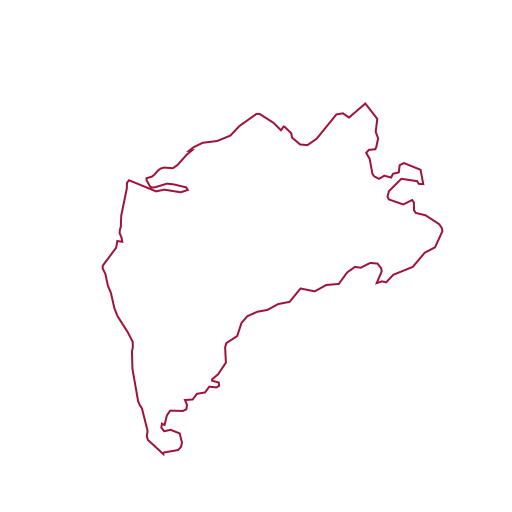 the Administrative County of Suffolk, rotated 150°
{"feature_id": "GBR-2318", "entity_name": "Suffolk", "entity_type": "Administrative County", "adm_level": 1, "iso_a3": "GBR", "parent_name": "United Kingdom", "parent_adm1": "", "projection": "orthographic", "projection_center": [1.069, 52.241], "detail": "fine", "context": "isolated", "style": "outline", "palette": "rose", "viewbox_px": 512, "rotation_deg": 150, "n_neighbors": 0, "source": "natural_earth", "source_scale": "10m", "svg_char_len": 2085}
<svg xmlns="http://www.w3.org/2000/svg" viewBox="0 0 512 512"><g transform="rotate(150 256 256)"><path d="M435.3,130.8L441.6,150.8L440.6,154.7L437.3,158.8L431.0,181.0L431.2,185.1L430.7,189.2L419.4,220.1L411.2,235.3L408.4,238.4L405.7,243.3L405.2,254.3L406.0,273.5L404.7,281.8L400.1,296.6L399.1,304.4L395.4,315.9L395.0,321.9L393.6,324.2L373.0,333.1L368.6,338.3L364.7,335.2L363.4,338.7L362.6,344.2L360.5,347.1L358.7,348.6L352.4,358.5L334.1,379.1L331.1,383.9L328.1,385.1L310.2,361.9L302.4,359.4L289.3,348.8L282.1,347.3L282.1,350.3L291.5,359.2L297.0,363.2L309.1,366.0L311.9,367.4L313.0,369.3L312.9,376.2L312.0,378.1L306.6,376.8L303.5,377.2L297.9,379.1L294.8,379.4L291.5,378.6L284.1,373.6L278.2,374.1L265.4,378.4L258.7,379.5L261.2,380.6L255.8,381.4L245.6,380.7L232.1,375.0L218.0,373.1L205.2,376.9L184.6,378.8L181.9,377.4L174.2,362.4L171.5,352.4L167.3,354.3L166.5,353.1L164.1,344.7L165.6,340.5L162.0,330.5L156.0,326.3L144.9,327.2L115.6,338.4L109.4,336.1L106.2,329.4L85.1,333.4L82.4,314.1L90.3,303.6L91.4,296.8L97.1,290.5L99.3,288.8L105.2,291.5L109.0,290.2L109.0,283.2L114.1,269.0L113.8,265.8L110.9,261.3L104.7,261.4L99.8,256.4L96.2,258.7L90.5,257.0L86.2,262.8L81.4,262.5L70.4,248.4L75.2,234.6L78.9,237.0L79.1,240.3L91.5,250.2L108.6,245.6L112.5,241.5L112.6,238.5L102.7,227.0L92.7,226.4L92.6,223.2L96.3,216.6L96.1,213.4L88.9,206.6L81.4,191.8L81.1,186.8L82.3,184.2L96.6,174.0L108.2,174.5L125.6,168.2L146.5,171.1L156.4,168.1L159.5,171.0L165.0,172.2L154.9,179.8L153.7,182.7L154.6,188.7L160.6,192.9L171.2,193.5L175.8,197.1L185.3,196.2L198.3,190.4L209.7,195.8L222.8,196.0L233.7,205.6L249.8,199.5L260.9,203.3L273.1,203.6L282.9,207.1L293.6,208.2L302.0,205.3L312.3,196.1L325.2,195.4L328.3,192.5L335.4,178.7L348.0,172.5L355.6,171.2L356.4,170.0L351.5,165.0L352.8,162.0L356.0,162.0L361.8,166.2L368.4,163.3L376.1,166.2L382.6,163.4L389.5,166.8L390.2,161.5L393.0,158.1L396.6,158.3L407.7,165.0L412.9,162.5L419.7,155.4L421.3,157.8L423.8,154.7L423.2,150.2L416.8,148.1L410.8,140.5L413.4,131.4L416.3,128.2L420.5,126.9L433.8,131.8L434.8,131.6L435.3,130.8Z" fill="none" stroke="#9f1239" stroke-width="2"/></g></svg>